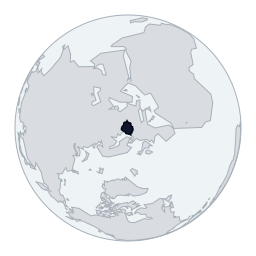 Poland on an orthographic globe, rotated 213°
{"feature_id": "POL", "entity_name": "Poland", "entity_type": "country or territory", "adm_level": 0, "iso_a3": "POL", "parent_name": "Europe", "parent_adm1": "", "projection": "orthographic", "projection_center": [19.099, 51.929], "detail": "coarse", "context": "on_globe", "style": "filled", "palette": "ink", "viewbox_px": 256, "rotation_deg": 213, "n_neighbors": 0, "source": "natural_earth", "source_scale": "50m", "svg_char_len": 10801}
<svg xmlns="http://www.w3.org/2000/svg" viewBox="0 0 256 256"><g transform="rotate(213 128 128)"><circle cx="128" cy="128" r="113" fill="#eef3f6" stroke="#a8b0b8"/><path d="M22.1,89.5L22.9,87.4L24.4,83.9L27.9,76.3L32.1,69.0L36.7,62.0L41.9,55.4L47.5,49.2L59.0,39.2L52.2,44.7L56.1,41.3L62.9,36.3L68.1,32.9L76.9,28.7L83.6,28.5L80.5,29.8L82.4,29.8L86.5,28.3L88.8,27.4L101.2,27.2L114.9,25.4L118.8,23.5L118.3,25.2L125.3,20.9L132.4,20.0L124.7,21.9L124.1,22.8L129.1,22.6L129.6,23.5L132.3,24.0L132.4,25.2L127.9,26.5L127.9,27.4L131.4,27.2L133.8,28.5L128.6,28.6L132.2,30.9L125.3,33.9L111.2,34.1L107.6,37.6L93.9,42.9L95.4,43.8L91.1,46.6L91.3,48.8L88.7,49.3L91.1,50.6L93.4,49.7L95.2,49.9L95.5,51.2L92.3,52.1L91.6,51.6L90.8,52.5L89.1,52.4L90.1,53.2L86.1,54.2L90.5,55.1L87.7,57.5L84.9,57.7L84.7,55.2L77.7,50.2L74.8,50.0L71.0,52.1L64.9,61.0L61.9,62.0L58.3,65.2L60.1,65.6L63.6,63.4L66.2,65.3L70.2,62.5L71.8,62.9L76.1,61.3L76.0,64.3L73.5,68.2L69.9,69.8L68.8,71.6L72.6,72.5L66.4,78.0L63.0,86.2L61.3,87.4L57.3,85.3L56.2,79.1L50.9,77.1L54.8,81.3L50.6,84.7L50.1,86.6L50.6,88.2L52.4,88.1L51.1,90.0L46.7,86.4L47.9,84.6L49.3,85.7L48.7,82.9L45.7,80.8L43.8,82.9L41.4,78.3L40.0,79.8L38.6,79.8L41.0,77.6L36.7,81.5L33.5,78.1L27.5,85.2L32.8,76.3L34.4,72.4L35.7,68.5L34.7,69.6L37.9,63.5L38.5,61.0L35.2,64.3L31.4,70.1L28.2,76.1L28.8,75.6L27.4,79.6L25.0,82.6L21.9,91.2L20.3,95.2L18.9,100.0L18.2,103.2L17.2,108.5L17.7,108.6L18.0,111.8L16.8,115.8L17.9,114.8L17.4,119.4L18.7,128.7L18.3,128.9L19.2,141.7L22.2,152.6L22.8,157.6L22.3,158.4L23.8,161.9L23.8,163.2L31.5,177.0L36.9,186.1L37.7,190.1L35.2,189.8L37.3,194.8L32.8,188.2L28.8,181.3L25.2,174.2L22.2,166.8L19.8,159.2L17.8,151.5L16.4,143.6L15.6,135.7L15.4,127.7L15.7,119.8L16.5,111.8L17.4,106.8L18.0,104.0L17.9,104.0L22.1,89.5ZM25.9,87.0L22.5,99.2L22.8,94.5L23.0,94.8L24.2,91.2L25.9,85.8L26.6,82.1L25.9,87.0ZM28.0,87.4L28.4,85.6L28.2,87.1L28.0,87.4ZM89.7,26.9L86.6,28.2L82.7,29.3L85.2,28.0L89.7,26.9ZM97.2,25.6L95.8,26.3L93.8,25.9L95.2,25.6L97.2,25.6ZM121.4,22.0L118.8,22.4L121.2,21.7L121.4,22.0ZM132.6,23.9L133.2,23.5L134.4,24.0L132.6,23.9ZM75.9,59.8L76.0,60.6L75.1,60.5L75.9,59.8ZM77.6,58.5L76.6,57.9L77.3,57.1L77.9,57.5L77.6,58.5ZM135.7,26.3L137.4,27.2L134.9,26.5L135.7,26.3ZM78.8,59.4L78.6,55.9L79.8,54.7L83.3,55.3L78.8,59.4ZM137.8,27.9L141.9,30.3L143.6,29.6L141.2,33.1L138.5,29.8L135.2,28.9L137.4,28.7L137.8,27.9ZM94.0,48.8L91.5,49.9L93.3,47.9L94.0,48.8ZM94.7,47.5L97.6,41.5L101.4,40.7L99.7,42.8L104.4,41.1L104.8,43.7L102.4,45.2L99.8,45.2L101.9,46.2L94.7,47.5ZM139.3,34.7L139.6,35.6L138.4,34.9L139.3,34.7ZM96.1,49.9L96.3,48.7L99.7,47.9L99.8,50.3L98.7,49.7L96.1,49.9ZM105.4,39.4L107.9,39.4L109.0,41.4L110.1,41.7L105.2,43.7L105.4,39.4ZM98.1,50.5L99.8,51.5L98.5,53.0L96.1,51.1L98.1,50.5ZM100.5,46.8L102.1,46.6L101.2,47.4L100.5,46.8ZM94.9,59.2L95.1,57.6L96.8,57.0L94.9,59.2ZM100.5,51.7L100.9,51.2L101.7,50.9L102.5,51.8L100.5,51.7ZM106.3,45.1L106.2,46.0L108.3,44.3L109.2,45.9L105.8,47.0L107.6,47.2L107.9,47.7L104.8,48.1L106.3,45.1ZM105.5,51.7L101.4,53.8L100.6,56.8L99.1,57.4L100.6,52.5L105.5,51.7ZM105.4,49.5L105.1,51.0L103.2,50.8L102.3,49.8L105.4,49.5ZM111.0,46.7L110.6,43.9L111.3,43.8L111.0,46.7ZM105.6,52.6L106.6,52.0L105.8,52.8L105.6,52.6ZM109.8,48.5L109.5,47.5L110.4,47.4L109.8,48.5ZM108.8,51.9L107.4,52.5L106.8,51.8L108.8,51.9ZM109.5,50.3L110.8,50.4L107.3,51.1L109.3,49.9L109.5,50.3ZM110.7,48.5L111.1,48.1L110.6,48.9L110.7,48.5ZM112.1,54.4L107.9,55.5L106.4,53.8L110.7,53.0L112.1,54.4ZM70.7,195.3L62.9,179.1L66.2,175.2L66.5,168.6L89.3,152.6L94.6,155.5L113.1,155.4L115.5,156.5L113.7,162.2L128.0,169.6L132.0,164.8L144.5,167.4L152.5,165.8L154.5,154.6L141.4,156.9L138.7,151.8L148.8,145.3L160.2,143.3L159.5,141.3L151.9,138.2L154.2,133.5L149.3,136.8L151.6,138.6L148.5,140.7L146.3,139.3L147.2,137.6L143.6,137.2L140.4,145.6L142.3,148.3L133.3,150.7L135.7,155.5L133.4,158.0L128.5,150.8L128.6,148.0L119.8,139.8L118.8,143.0L127.1,151.0L124.7,150.4L123.4,155.0L122.5,151.1L113.7,141.8L105.3,142.8L95.3,152.8L90.2,152.6L85.7,149.0L88.7,137.6L99.7,139.5L100.9,135.8L98.1,129.4L101.7,130.7L101.9,128.4L106.0,128.8L111.2,124.0L115.3,123.9L116.8,117.0L119.1,116.1L117.5,120.4L118.6,123.4L128.6,123.1L130.4,121.6L130.6,117.2L133.4,117.8L132.3,113.6L137.8,111.5L130.1,110.8L130.2,106.0L133.2,102.1L131.8,100.5L126.9,106.8L126.1,109.6L127.7,112.0L124.5,119.7L121.1,121.0L119.3,112.7L114.4,113.7L115.1,107.1L128.1,93.4L133.7,90.5L144.1,95.4L143.1,98.6L138.9,98.4L143.3,102.8L142.7,100.4L145.0,101.0L145.6,96.9L147.2,97.2L145.0,92.9L147.0,92.7L148.4,95.4L151.1,89.5L155.3,88.3L155.1,86.9L153.7,85.7L159.9,85.1L159.5,84.1L157.3,83.9L155.0,81.8L153.5,77.9L155.7,77.9L156.6,79.3L161.8,82.3L163.7,86.2L164.5,85.9L163.3,82.5L157.0,78.7L155.4,76.4L158.6,77.8L157.3,77.1L157.2,76.0L159.3,74.9L155.8,73.3L151.9,61.7L155.4,58.7L158.7,61.0L158.3,53.7L162.3,51.4L160.3,51.1L158.7,47.7L157.5,48.4L156.4,48.0L151.8,40.1L152.4,38.5L148.2,35.3L147.1,35.2L146.4,36.2L141.2,33.1L143.6,29.6L145.8,29.9L145.8,27.7L151.0,28.8L155.2,28.9L160.9,31.7L163.7,31.7L163.4,30.9L167.0,30.4L175.7,32.8L170.2,34.5L157.5,32.7L162.8,33.6L162.1,34.6L164.3,35.7L168.0,36.3L168.2,35.7L176.5,43.5L186.4,48.8L184.6,45.1L186.3,44.1L196.0,48.0L210.2,62.0L212.6,61.7L214.6,63.3L216.7,66.9L213.8,64.7L213.4,66.4L211.4,64.7L213.8,70.1L211.0,67.9L214.2,73.4L216.1,73.8L215.0,69.6L219.0,75.6L221.5,74.8L224.9,78.1L231.1,91.4L232.8,100.2L233.6,101.9L232.6,103.1L233.8,109.2L237.6,111.5L238.3,113.8L239.1,123.6L238.7,122.2L236.2,125.4L237.5,131.9L239.5,130.7L240.2,134.0L239.5,136.5L238.5,134.0L237.6,135.0L236.6,129.8L233.4,125.3L232.6,130.7L231.5,127.8L227.0,126.0L225.1,133.6L223.0,150.0L224.7,158.1L223.1,164.3L216.1,158.4L212.4,151.8L210.2,155.0L202.7,152.5L190.9,160.5L188.9,159.0L186.7,161.6L181.4,161.7L178.2,158.8L175.1,160.6L183.6,167.9L186.8,166.0L189.1,160.3L190.9,163.4L196.0,163.8L191.5,175.8L173.4,191.6L171.1,185.8L154.6,170.7L154.8,168.3L154.7,168.1L154.5,167.6L153.5,171.7L150.5,168.3L159.9,180.3L161.7,185.6L173.1,192.1L172.2,193.4L175.7,194.1L186.4,187.1L186.6,189.1L181.8,200.5L166.6,216.7L168.3,222.1L166.8,226.8L156.7,231.8L157.0,234.0L151.6,235.8L150.9,236.9L146.3,238.4L138.9,239.8L126.8,240.4L126.5,239.9L121.2,238.4L114.0,232.2L117.5,228.8L116.6,225.6L107.9,216.6L109.8,211.7L107.4,209.1L102.3,208.9L99.4,205.6L96.4,205.0L76.9,201.5L70.7,195.3ZM82.0,163.2L81.5,165.2L81.5,165.3L82.0,163.2ZM172.8,146.4L179.2,144.0L175.4,138.3L177.6,136.9L175.5,135.5L175.1,137.9L169.8,133.8L172.3,130.4L171.0,127.6L168.8,128.4L165.1,135.2L172.7,140.9L171.6,144.4L172.8,146.4ZM18.8,129.0L18.8,130.9L18.5,129.4L18.8,129.0ZM22.0,95.3L21.7,97.3L21.3,98.9L21.3,97.6L22.0,95.3ZM21.4,111.5L21.5,114.1L21.1,112.1L21.4,111.5ZM22.2,101.0L21.4,109.6L20.6,106.3L21.3,100.9L21.3,103.7L22.2,101.0ZM26.4,88.6L26.1,90.0L25.6,90.3L26.4,88.6ZM27.8,88.5L27.9,88.1L28.4,87.0L27.8,88.5ZM50.9,84.9L51.2,85.3L51.3,87.1L50.5,86.7L50.9,84.9ZM56.7,93.3L54.4,96.1L55.4,93.7L53.8,93.5L54.0,88.3L60.5,87.8L57.5,88.9L56.7,93.3ZM56.0,81.5L55.2,84.7L55.9,81.2L56.0,81.5ZM99.1,116.3L100.6,118.1L99.3,120.6L94.2,121.3L96.0,117.7L99.1,116.3ZM103.1,120.1L102.8,112.1L105.9,111.5L104.2,113.1L106.4,113.5L104.2,116.4L107.6,123.9L106.6,126.6L97.6,126.2L101.1,124.8L99.4,123.0L103.1,120.1ZM96.2,94.3L96.0,91.3L103.1,93.8L102.4,96.4L97.2,97.1L95.0,94.6L96.2,94.3ZM84.9,61.3L84.4,60.4L85.3,60.1L86.5,60.6L84.9,61.3ZM94.8,58.5L88.1,65.2L87.1,64.5L84.3,69.6L80.7,69.6L82.7,66.2L77.9,70.2L78.2,67.2L75.2,70.2L79.9,62.6L80.1,60.2L81.3,62.9L84.5,62.9L86.0,62.2L90.2,58.4L92.0,53.5L95.6,52.9L97.6,53.8L97.6,54.9L95.3,54.9L97.1,56.4L93.8,57.2L94.8,58.5ZM118.8,67.7L116.1,66.8L119.1,70.8L115.9,71.3L116.4,71.7L114.2,73.4L112.5,76.2L111.0,76.0L111.0,77.2L109.5,78.3L109.0,79.9L106.1,80.2L105.2,82.2L104.3,81.2L103.6,84.7L102.8,82.3L100.8,83.7L102.7,85.3L87.9,83.8L82.4,85.4L78.2,88.2L77.4,84.0L80.8,78.8L86.2,74.0L91.7,73.2L90.3,71.5L92.5,70.7L92.7,72.4L93.8,69.3L95.6,69.1L100.5,65.5L100.9,61.5L102.7,60.1L103.4,61.6L104.7,59.3L107.4,61.2L108.7,60.3L112.7,61.5L113.4,65.0L114.8,63.8L117.9,64.7L118.8,67.7ZM113.1,54.8L114.7,58.7L113.7,60.9L107.2,58.0L105.7,58.5L101.5,57.0L103.0,53.9L104.1,54.6L105.5,54.5L104.4,55.5L106.3,54.7L107.8,55.7L109.7,55.4L109.7,56.7L113.1,54.8ZM117.9,154.4L119.7,154.7L122.5,154.5L121.7,157.6L117.9,154.4ZM111.9,148.2L113.4,148.0L113.7,151.9L111.8,151.7L111.9,148.2ZM114.1,144.5L113.5,147.6L112.7,145.8L114.1,144.5ZM119.0,119.9L120.6,119.4L120.9,120.5L120.1,122.0L119.0,119.9ZM127.1,80.6L125.7,79.5L126.2,78.9L125.0,75.4L127.3,74.9L128.9,76.8L127.1,80.6ZM152.4,156.9L150.3,159.5L149.0,158.7L150.0,158.0L152.4,156.9ZM135.3,159.2L139.3,160.2L135.1,160.1L135.3,159.2ZM129.4,79.4L128.7,78.0L130.3,78.7L129.4,79.4ZM128.9,74.4L130.8,74.7L127.4,74.4L128.9,74.4ZM184.6,219.3L175.9,228.3L171.1,230.2L170.7,229.1L174.3,224.3L180.2,220.8L183.2,217.5L184.6,219.3ZM239.8,141.7L239.5,143.3L236.9,142.4L237.9,139.4L240.2,136.0L240.1,137.6L240.3,136.5L239.8,141.7ZM240.6,128.0L240.6,127.7L240.6,124.7L240.5,122.6L238.7,107.3L238.7,107.0L240.1,117.5L240.6,128.0ZM225.1,158.4L227.3,160.8L226.2,163.2L225.1,158.4ZM236.8,99.3L238.3,105.6L236.6,98.6L236.8,99.3ZM235.1,93.8L235.6,95.1L235.4,95.0L235.1,93.8ZM234.7,103.9L234.8,106.6L234.3,105.7L233.7,101.7L234.7,103.9ZM227.5,81.1L229.5,84.0L230.3,85.4L229.4,84.7L227.5,81.1ZM148.3,74.4L147.3,79.7L148.2,83.4L151.1,85.4L146.6,85.1L145.3,79.2L148.3,74.4ZM151.2,63.2L148.7,61.7L150.0,61.0L150.8,61.2L151.2,63.2ZM149.5,63.3L146.0,64.1L144.7,62.4L147.7,62.1L149.5,63.3ZM137.8,71.6L137.3,73.1L136.0,72.5L137.8,71.6ZM236.0,95.9L235.5,94.5L235.1,93.0L236.0,95.9ZM233.8,89.3L233.6,88.9L233.7,89.0L233.8,89.3ZM234.2,91.5L234.2,90.6L235.2,94.2L232.6,89.0L232.0,86.9L234.2,91.5ZM214.6,60.2L213.4,59.4L212.1,57.4L213.3,58.5L214.6,60.2ZM206.8,50.5L211.4,56.6L214.8,61.8L214.9,61.1L217.8,64.2L216.3,64.1L212.2,58.9L210.0,55.3L207.4,53.2L204.4,49.9L201.5,48.4L199.5,46.6L201.4,46.9L206.8,50.5ZM200.3,47.9L194.3,44.7L192.9,42.0L194.0,42.0L197.3,44.6L197.8,45.9L200.3,47.9ZM192.4,43.2L192.8,44.5L184.7,43.8L182.7,43.0L188.1,41.8L188.8,42.9L191.0,43.7L192.4,43.2ZM140.7,35.4L139.7,35.6L140.1,34.9L140.7,35.4ZM155.7,48.5L154.3,47.9L154.8,47.0L155.7,48.5ZM150.6,45.8L151.0,47.2L149.7,45.7L150.6,45.8ZM152.1,50.4L150.7,47.7L153.3,50.3L152.1,50.4Z" fill="#d9dde1" stroke="#a8b0b8" stroke-width="1"/><path d="M133.5,128.6L134.2,129.9L134.1,130.0L134.2,130.5L132.6,132.5L132.8,133.6L131.2,132.9L129.6,133.0L129.2,133.4L128.8,133.4L128.9,133.0L128.4,132.6L127.8,133.0L127.3,132.0L126.1,131.5L126.2,131.2L125.2,130.9L125.3,131.3L124.9,131.5L124.4,130.9L124.7,130.6L124.5,130.4L124.1,130.5L122.9,129.7L122.7,129.9L123.0,129.2L122.5,128.0L122.8,127.5L122.5,127.0L122.6,126.7L122.1,125.9L122.5,125.3L122.4,124.3L122.7,124.5L122.7,124.1L122.3,123.9L126.9,122.3L127.6,122.6L127.2,122.5L127.5,123.1L127.9,123.2L128.6,123.0L132.3,123.0L133.0,123.5L133.7,125.7L133.7,126.3L132.9,127.2L133.5,127.6L133.5,128.6Z" fill="#0f172a" stroke="#020617" stroke-width="1.5"/></g></svg>